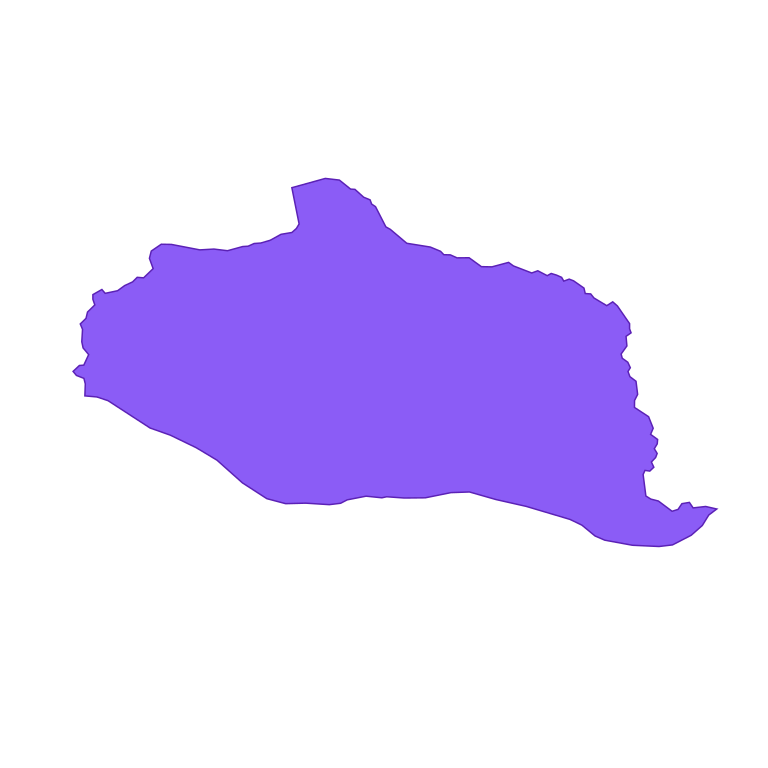 outline of Tupirama, Tocantins, Brazil, rotated 79°
{"feature_id": "56859067B25409387280725", "entity_name": "Tupirama", "entity_type": "district", "adm_level": 2, "iso_a3": "BRA", "parent_name": "Brazil", "parent_adm1": "Tocantins", "projection": "orthographic", "projection_center": [-48.257, -8.94], "detail": "medium", "context": "isolated", "style": "filled", "palette": "violet", "viewbox_px": 768, "rotation_deg": 79, "n_neighbors": 0, "source": "geoboundaries", "source_scale": "gbopen_adm2", "svg_char_len": 1966}
<svg xmlns="http://www.w3.org/2000/svg" viewBox="0 0 768 768"><g transform="rotate(79 384 384)"><path d="M573.5,205.8L579.5,197.0L589.7,170.9L596.0,145.0L597.0,131.5L591.1,111.3L583.6,98.5L574.6,90.2L570.2,81.2L565.6,91.6L564.6,104.2L558.5,106.8L558.3,114.4L563.2,119.3L563.9,125.5L551.2,137.0L547.9,144.0L543.9,148.3L522.3,146.9L518.6,144.3L520.2,139.7L517.2,135.0L511.6,136.4L508.0,131.4L504.3,129.1L499.1,131.0L494.9,127.2L490.7,126.0L484.3,131.9L478.8,128.2L466.6,130.5L454.8,142.6L448.0,141.2L442.6,137.0L429.4,136.1L423.7,141.2L418.3,142.1L415.0,139.1L409.2,140.5L404.2,145.2L399.8,145.5L393.0,138.3L383.4,137.3L380.9,131.7L376.7,132.4L371.6,131.4L351.9,140.0L347.0,143.8L349.6,150.4L339.6,161.5L335.0,163.9L333.6,169.2L328.0,169.4L318.9,178.2L316.4,182.2L317.3,187.9L313.2,189.3L310.0,193.9L307.4,198.8L308.8,203.1L302.2,211.4L303.2,217.8L292.8,234.4L288.4,238.5L289.6,255.7L287.4,266.0L276.3,276.4L274.1,288.3L269.9,294.2L268.5,300.6L264.5,303.2L258.4,312.4L250.2,334.8L233.4,348.3L230.1,352.2L208.3,358.5L205.0,361.8L200.6,362.5L196.8,368.3L187.4,375.4L186.3,379.6L175.3,388.9L171.0,402.4L173.7,437.0L210.7,436.8L214.6,440.3L217.7,445.5L217.4,456.5L221.2,468.3L222.1,478.2L221.3,484.7L222.8,491.1L222.1,496.4L223.3,512.2L219.1,525.2L217.2,539.2L206.4,566.1L204.3,576.0L209.1,587.1L215.9,590.3L226.7,588.6L233.9,599.7L232.2,605.9L235.8,611.3L237.9,619.8L241.6,627.7L241.8,640.4L237.4,642.9L240.7,652.7L245.3,653.6L251.2,652.8L256.8,661.3L262.7,664.0L267.1,670.7L272.8,669.5L284.9,672.6L291.2,672.5L298.8,668.3L308.2,675.1L307.7,679.5L312.3,686.8L316.9,684.3L321.2,677.5L326.9,677.2L338.6,679.9L341.9,668.4L347.7,658.1L382.6,622.0L393.4,603.6L410.7,580.5L426.9,562.5L454.1,541.8L474.2,520.9L482.7,503.4L486.0,483.7L492.0,460.7L492.8,449.3L490.7,442.2L490.7,423.0L495.3,407.8L495.2,402.9L499.8,385.8L503.6,365.1L503.4,339.0L506.3,320.7L518.8,296.1L531.3,267.7L552.4,227.3L560.3,216.7L573.5,205.8Z" fill="#8b5cf6" stroke="#5b21b6" stroke-width="1.5"/></g></svg>